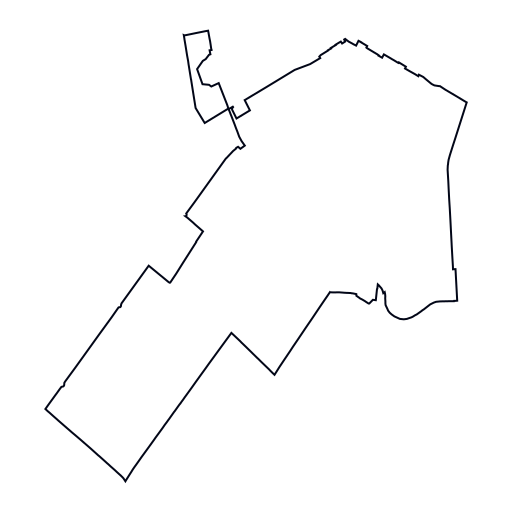 the district of Popesti Leordeni, Ilfov, Romania, rotated 90°
{"feature_id": "2599482B19564761828929", "entity_name": "Popesti Leordeni", "entity_type": "district", "adm_level": 2, "iso_a3": "ROU", "parent_name": "Romania", "parent_adm1": "Ilfov", "projection": "natural_earth1", "projection_center": [26.205, 44.348], "detail": "fine", "context": "isolated", "style": "outline", "palette": "ink", "viewbox_px": 512, "rotation_deg": 90, "n_neighbors": 0, "source": "geoboundaries", "source_scale": "gbopen_adm2", "svg_char_len": 4955}
<svg xmlns="http://www.w3.org/2000/svg" viewBox="0 0 512 512"><g transform="rotate(90 256 256)"><path d="M80.3,320.8L94.2,318.6L108.0,316.4L112.8,313.5L123.0,307.3L108.6,283.7L111.0,282.6L112.5,282.0L114.2,281.4L115.3,280.9L119.2,279.4L124.6,277.3L127.9,276.1L131.7,274.6L136.7,272.8L141.1,270.4L145.6,267.2L148.8,271.6L146.8,273.9L147.9,275.8L148.7,276.1L150.6,278.4L150.9,278.8L151.3,279.2L157.9,285.4L158.6,286.2L202.5,317.7L213.5,325.8L213.9,325.6L214.2,325.4L214.7,325.4L215.4,325.5L215.9,325.7L216.1,326.0L216.2,326.6L217.7,324.6L222.7,318.8L224.5,316.9L231.4,309.0L241.7,315.9L242.1,315.8L252.3,322.3L262.8,329.0L273.5,335.7L282.6,341.8L282.7,342.4L282.1,343.4L265.7,363.3L303.4,390.5L304.0,390.7L305.1,391.0L305.6,391.0L305.9,391.0L306.6,391.3L307.1,391.7L307.2,392.1L307.3,393.2L307.6,393.6L317.2,400.3L334.1,412.6L367.5,436.6L381.0,446.5L382.2,447.3L383.0,447.7L383.9,447.7L385.4,447.9L386.2,448.4L386.5,448.9L386.7,450.0L386.9,450.6L389.0,452.2L393.9,455.7L394.4,456.1L405.3,464.0L408.3,466.1L409.0,466.6L410.6,464.9L411.1,464.4L412.5,462.7L416.1,458.7L419.0,455.4L419.7,454.6L420.1,454.2L432.2,440.3L436.5,435.2L438.9,432.4L439.4,431.8L442.9,427.8L448.9,420.9L455.5,413.6L456.1,412.8L459.5,409.0L461.4,406.9L463.5,404.6L463.8,404.2L464.7,403.2L466.3,401.5L467.7,399.9L470.0,397.3L471.3,395.9L471.7,395.5L472.7,394.4L473.5,393.5L473.9,393.1L474.3,392.6L475.4,391.4L475.6,391.1L475.9,390.9L476.0,390.7L476.4,390.4L476.6,390.2L477.0,389.7L477.6,389.2L478.0,388.8L478.2,388.6L481.3,386.6L479.3,385.4L475.0,382.7L471.9,380.7L469.6,379.3L467.4,377.8L466.0,376.8L465.2,376.2L461.1,373.3L457.1,370.5L451.2,366.2L449.7,365.1L443.2,360.4L439.3,357.6L438.1,356.8L433.2,353.2L427.7,349.2L425.2,347.5L422.0,345.1L419.6,343.4L419.0,342.9L417.7,342.0L411.9,337.9L411.2,337.3L408.1,335.1L406.4,333.9L404.2,332.3L403.9,332.0L403.8,331.9L403.6,331.8L403.6,331.7L401.5,330.3L400.9,329.8L400.7,329.7L399.8,329.0L396.9,327.0L396.8,326.9L387.7,320.3L381.9,316.2L375.1,311.3L368.2,306.3L363.7,303.1L347.8,291.5L332.9,280.6L339.1,274.0L341.4,271.6L342.4,270.7L347.2,265.7L348.0,264.9L351.8,261.0L352.9,259.9L353.8,259.0L358.4,254.3L358.5,254.1L362.0,250.6L364.6,247.9L369.5,242.8L370.4,242.0L373.2,239.2L374.8,237.5L370.4,234.7L367.5,232.9L366.6,232.3L366.1,232.0L365.7,231.7L361.8,229.1L360.0,227.9L351.1,221.9L346.5,218.9L337.4,212.7L337.2,212.6L335.0,211.1L328.3,206.6L318.2,199.7L307.0,192.2L299.8,187.3L295.9,184.6L292.2,182.1L292.3,182.0L292.4,178.6L292.4,177.1L292.3,173.1L292.8,166.8L293.0,162.0L293.0,161.9L293.0,161.6L293.1,161.1L293.1,160.9L293.2,160.7L293.3,160.2L293.3,159.9L293.3,159.6L293.4,159.1L293.6,158.1L294.1,155.7L295.8,155.6L297.8,152.7L298.4,152.0L298.6,151.6L299.5,149.8L300.2,148.6L301.1,147.1L301.8,146.1L303.3,143.8L303.6,143.0L303.4,142.6L299.8,139.1L300.2,136.2L299.4,136.1L289.0,135.0L288.7,134.7L284.4,134.2L285.2,133.3L288.4,130.5L290.6,129.4L293.2,128.7L292.1,127.3L294.0,126.9L296.2,126.7L298.3,126.8L301.4,126.6L303.3,126.6L305.1,126.4L306.4,125.8L308.9,124.6L310.6,123.9L312.7,122.3L314.4,120.4L316.4,117.6L318.9,112.1L319.3,108.2L318.9,105.1L318.3,103.4L317.4,100.7L316.8,99.4L315.0,96.5L314.6,95.5L310.9,90.3L310.4,89.8L309.4,88.2L304.4,81.8L302.6,78.2L301.8,75.9L301.4,71.9L301.2,62.2L301.2,58.0L300.9,57.9L300.9,56.8L300.7,54.8L269.1,56.5L269.1,56.8L269.3,59.0L266.2,59.1L257.9,59.6L245.6,60.3L243.5,60.4L220.1,61.6L209.0,62.2L199.6,62.8L189.9,63.3L181.4,63.7L174.7,64.1L169.7,64.4L165.5,64.2L164.5,64.0L162.4,63.8L161.1,63.6L159.8,63.4L155.1,62.1L145.6,59.1L138.2,56.7L102.4,45.3L102.3,45.5L102.2,45.7L101.6,46.7L95.4,57.0L89.8,66.5L86.1,72.1L86.1,73.1L85.4,77.6L84.5,79.4L83.9,80.5L79.0,86.4L77.0,88.7L74.7,93.1L76.2,93.7L74.1,97.1L71.2,102.3L68.5,107.0L66.7,106.1L62.4,113.1L63.0,113.4L62.7,114.1L60.3,118.0L59.5,119.4L59.3,119.8L58.6,120.9L57.3,123.1L54.4,128.1L57.7,129.9L55.7,133.4L55.4,133.2L54.8,134.0L54.3,134.7L53.9,135.4L52.5,137.7L52.5,137.8L52.1,138.4L48.2,144.9L47.6,145.6L46.0,144.8L42.1,151.3L42.0,151.2L41.5,152.1L40.8,153.5L45.6,155.9L44.9,157.2L44.3,158.5L43.6,159.6L43.3,160.2L42.2,162.2L41.8,163.0L41.4,163.6L40.4,164.9L40.3,165.1L38.9,166.8L39.5,167.8L41.5,166.9L41.7,167.2L41.8,167.2L43.5,169.9L41.6,171.2L41.9,171.7L42.3,172.4L42.4,172.6L44.7,176.4L45.0,176.2L48.0,181.2L48.5,180.9L50.2,184.0L50.5,183.9L55.1,191.3L56.6,192.7L58.1,191.8L64.1,201.9L69.9,217.3L87.4,246.1L100.1,267.3L110.4,262.1L118.5,275.5L109.6,279.9L108.7,280.0L108.4,279.9L107.1,278.9L106.7,279.2L109.1,283.3L107.1,284.1L106.1,284.4L104.9,284.8L83.1,293.3L86.5,300.7L84.8,303.0L84.2,309.5L69.1,314.9L60.9,309.2L59.1,306.3L54.8,303.0L54.3,301.6L50.3,302.4L50.0,300.4L49.9,300.4L49.6,300.5L48.7,300.8L44.5,301.4L41.3,301.9L38.4,302.5L32.2,303.6L30.7,303.9L31.1,306.2L33.1,316.2L35.1,325.9L35.2,326.5L35.4,327.5L35.1,328.2L35.6,328.1L36.9,327.9L38.7,327.6L39.0,327.6L45.5,326.5L55.5,324.9L60.9,323.9L64.6,323.4L65.7,323.2L72.6,322.1L79.4,321.0L79.5,320.9L80.2,320.8L80.3,320.8Z" fill="none" stroke="#020617" stroke-width="2"/></g></svg>